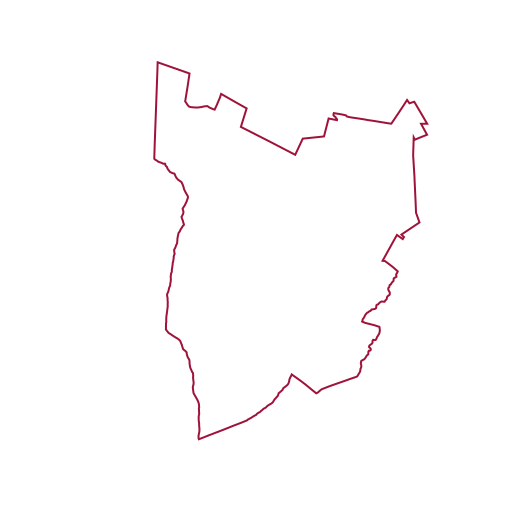 outline of Endebess, Rift Valley, Kenya, rotated 286°
{"feature_id": "3690345B22392033475621", "entity_name": "Endebess", "entity_type": "district", "adm_level": 2, "iso_a3": "KEN", "parent_name": "Kenya", "parent_adm1": "Rift Valley", "projection": "albers", "projection_center": [34.736, 1.146], "detail": "fine", "context": "isolated", "style": "outline", "palette": "rose", "viewbox_px": 512, "rotation_deg": 286, "n_neighbors": 0, "source": "geoboundaries", "source_scale": "gbopen_adm2", "svg_char_len": 5998}
<svg xmlns="http://www.w3.org/2000/svg" viewBox="0 0 512 512"><g transform="rotate(286 256 256)"><path d="M413.1,141.8L414.3,121.4L414.5,118.5L414.6,116.0L415.1,108.1L411.7,108.9L410.7,109.2L403.5,111.0L335.6,127.8L321.8,131.3L321.1,131.8L320.4,134.1L320.2,135.0L319.7,136.0L319.5,139.4L319.3,140.5L319.1,141.4L319.5,142.2L319.6,143.3L318.5,143.7L317.5,144.8L317.2,145.7L316.5,146.3L315.5,146.9L313.0,150.3L312.6,153.5L312.7,154.6L312.2,155.4L311.3,156.0L309.5,157.6L307.8,160.1L307.1,162.4L306.7,163.4L306.3,164.3L305.5,164.8L304.7,165.6L303.8,166.3L302.9,166.9L302.1,167.5L301.4,167.8L300.3,168.5L297.6,170.9L297.0,171.6L296.3,172.3L295.6,173.0L295.1,173.6L294.1,174.3L292.7,174.5L291.7,174.4L290.5,174.3L289.5,174.3L288.2,174.1L287.3,173.9L286.2,173.8L285.2,173.6L281.4,172.4L280.1,173.0L279.4,173.6L278.6,174.0L277.5,174.3L276.1,174.3L273.0,173.6L270.4,175.4L269.5,176.2L268.4,176.7L267.4,177.4L266.5,178.0L265.6,178.0L264.8,177.4L263.2,177.0L261.9,176.6L260.6,176.2L259.4,176.0L258.3,175.9L257.4,175.4L256.6,175.2L251.5,175.6L250.1,175.9L248.9,176.2L248.0,176.3L247.2,176.5L246.0,176.6L244.8,176.3L243.5,176.2L242.5,176.2L241.2,176.0L239.3,175.6L236.5,176.7L235.8,177.2L234.7,177.1L233.0,177.0L232.1,177.3L228.7,177.8L227.4,177.9L226.5,177.8L225.5,178.1L224.2,178.3L218.9,179.0L217.9,179.4L217.0,179.4L216.2,179.2L213.6,179.5L212.7,179.7L211.2,180.2L210.0,180.6L208.9,180.8L207.9,181.1L206.8,181.1L205.2,181.3L204.1,181.6L203.1,181.5L201.8,181.3L200.8,181.3L199.6,181.4L198.7,181.5L197.8,181.5L196.4,181.3L194.4,181.1L192.1,182.1L191.2,182.6L190.3,182.9L189.4,183.1L188.5,183.4L187.7,183.8L186.7,184.1L185.5,184.3L184.6,184.6L183.7,184.9L182.4,185.2L181.1,185.3L180.1,185.5L179.1,185.7L174.0,186.4L172.3,186.7L171.1,187.0L169.4,187.4L167.9,188.0L166.9,188.0L165.9,188.2L160.5,189.7L158.0,193.1L157.7,194.1L157.3,195.6L156.9,196.7L155.9,199.9L155.4,201.7L155.2,202.7L154.9,203.6L154.5,204.7L154.1,205.5L153.7,206.2L153.1,206.9L152.4,207.4L150.9,208.5L150.2,209.2L149.1,209.8L146.5,211.5L145.9,212.6L145.4,213.9L145.0,214.7L144.2,215.9L142.8,216.4L140.2,218.0L138.8,219.4L138.3,220.1L137.6,220.6L136.5,221.1L135.3,221.5L134.4,221.7L130.5,223.6L126.8,226.7L126.2,227.6L125.4,227.9L124.5,228.3L123.5,228.7L122.1,228.9L118.8,230.2L117.8,230.7L116.8,231.0L115.7,231.3L114.7,231.3L112.4,231.4L107.1,233.7L106.3,234.4L103.1,237.8L102.3,238.5L101.5,239.3L100.6,240.1L99.9,240.6L98.9,241.4L97.9,241.9L97.1,242.3L96.1,242.6L94.9,243.1L93.8,243.1L90.0,244.4L89.1,244.7L88.2,245.0L87.2,245.0L86.1,245.1L85.1,245.4L82.3,246.2L81.1,246.7L79.6,247.4L78.4,247.8L77.6,248.0L75.7,248.7L74.2,249.3L72.6,249.7L71.3,250.0L67.3,250.3L64.8,251.1L64.1,251.6L71.1,260.7L79.6,272.0L80.9,273.7L86.8,281.3L89.5,284.9L91.3,287.3L95.6,292.8L96.4,293.1L97.3,294.1L98.5,295.3L99.4,296.2L101.6,298.1L102.4,298.9L103.3,299.9L104.5,300.4L105.6,301.2L106.7,302.4L107.4,303.0L108.7,303.7L109.6,304.4L110.5,304.9L111.4,305.5L112.2,306.4L112.8,307.0L113.6,307.5L114.4,307.9L115.3,308.5L116.6,309.6L117.9,310.9L118.9,311.8L120.1,312.5L121.5,312.9L122.8,313.2L123.7,313.5L124.3,314.0L125.6,314.5L126.8,315.1L127.7,315.6L129.0,315.6L130.4,315.6L131.3,316.3L132.2,316.9L133.0,317.4L133.8,317.9L134.6,318.4L135.6,318.5L136.7,318.8L138.1,320.0L139.0,320.5L139.7,321.1L140.9,321.8L142.2,322.3L143.6,322.4L144.9,322.4L146.0,322.2L147.0,322.2L148.3,322.3L149.8,322.7L152.0,323.0L151.6,324.0L150.5,327.2L148.4,333.1L146.3,338.5L144.8,342.0L144.4,342.9L143.7,344.5L143.2,345.7L142.0,348.5L141.2,350.4L140.6,351.7L141.7,353.0L145.0,355.1L146.2,356.1L151.5,363.1L155.9,369.3L160.9,376.4L164.0,380.7L166.5,384.3L167.4,385.6L168.2,386.5L169.9,387.0L170.9,387.2L171.8,387.5L172.7,387.7L173.7,387.9L174.9,387.8L176.2,387.5L177.7,387.8L179.2,387.6L180.6,387.0L181.6,386.4L182.8,386.2L184.1,386.1L185.5,387.3L186.0,388.0L186.7,388.6L187.6,389.0L188.6,389.3L189.4,389.6L190.3,389.8L191.3,390.2L192.3,391.0L193.7,390.7L195.0,390.4L196.0,390.6L196.3,391.5L197.0,392.1L197.8,392.1L198.6,391.7L199.2,390.5L199.7,389.7L200.5,389.6L201.3,389.8L202.2,390.4L203.1,391.2L203.9,391.7L204.9,391.9L206.4,391.4L207.8,391.8L207.8,393.2L208.3,394.1L209.2,394.5L210.5,394.6L211.5,394.7L212.6,395.1L213.6,395.3L214.6,395.7L215.6,395.8L217.0,395.8L218.4,395.6L219.8,395.1L221.0,394.6L221.9,394.1L222.1,388.7L221.8,379.5L222.2,376.1L223.4,376.2L224.6,376.0L225.8,376.5L227.0,376.9L228.5,377.1L229.8,377.4L230.9,377.9L232.0,378.4L233.0,379.5L234.0,380.1L234.6,380.9L235.3,381.5L236.4,381.8L237.5,384.2L238.0,385.0L238.9,385.7L239.8,385.7L241.8,385.3L242.6,385.8L243.3,386.8L244.3,387.2L245.6,388.0L246.6,388.9L247.0,389.6L247.1,390.4L247.5,392.2L248.7,392.5L249.5,392.9L250.5,393.5L251.6,393.4L252.5,393.3L253.6,393.6L254.5,394.3L255.3,395.0L256.2,395.1L257.9,394.6L259.5,392.9L260.5,392.3L261.6,392.0L262.9,392.6L264.1,392.6L265.0,392.5L265.8,393.4L267.2,393.7L268.8,394.4L269.7,395.0L270.9,394.9L272.1,394.6L273.1,395.0L273.8,395.9L274.6,396.7L275.5,396.5L276.4,395.9L277.6,395.9L278.8,396.3L280.3,396.5L283.2,390.4L285.4,384.8L286.7,381.3L286.3,379.0L310.1,384.5L315.1,385.7L312.7,392.4L315.0,393.0L316.7,389.9L333.3,403.9L341.7,397.9L351.7,394.6L373.6,387.2L375.8,386.5L396.1,379.3L413.5,374.9L411.6,376.7L413.6,379.1L418.1,384.9L419.7,387.0L428.6,378.2L430.3,384.1L436.9,377.2L447.9,365.6L445.1,361.4L447.6,358.2L441.9,356.5L434.3,354.1L426.9,351.7L420.5,349.6L420.1,347.1L419.5,342.0L418.9,337.0L418.3,331.8L417.6,326.8L417.1,321.9L416.5,317.1L415.8,312.0L415.2,307.3L415.2,304.8L416.0,303.6L415.7,299.0L414.8,291.4L413.8,291.4L412.6,291.7L412.1,292.5L411.8,293.3L411.4,294.2L410.6,295.0L409.7,296.3L408.9,296.4L408.2,287.9L389.7,288.4L388.8,286.3L388.0,284.3L381.7,268.6L364.1,265.8L366.6,253.3L370.2,235.5L375.9,205.9L395.3,206.3L398.5,192.8L402.2,177.8L399.5,177.7L397.7,177.6L392.2,176.9L391.0,176.8L385.3,175.9L385.3,174.7L385.7,171.5L386.0,169.9L386.7,168.0L385.6,165.1L384.1,162.4L382.6,158.9L382.0,156.6L381.3,153.2L381.1,151.6L381.3,150.1L382.6,148.2L383.6,147.2L385.1,145.3L399.5,143.6L413.1,141.8Z" fill="none" stroke="#9f1239" stroke-width="2"/></g></svg>